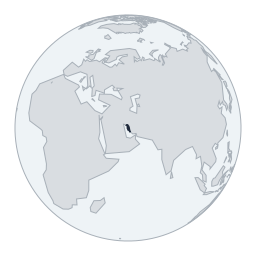 Bushehr on an orthographic globe, rotated 16°
{"feature_id": "IRN-3210", "entity_name": "Bushehr", "entity_type": "Province", "adm_level": 1, "iso_a3": "IRN", "parent_name": "Iran", "parent_adm1": "", "projection": "orthographic", "projection_center": [51.169, 28.786], "detail": "fine", "context": "on_globe", "style": "filled", "palette": "slate", "viewbox_px": 256, "rotation_deg": 16, "n_neighbors": 0, "source": "natural_earth", "source_scale": "10m", "svg_char_len": 10929}
<svg xmlns="http://www.w3.org/2000/svg" viewBox="0 0 256 256"><g transform="rotate(16 128 128)"><circle cx="128" cy="128" r="113" fill="#eef3f6" stroke="#a8b0b8"/><path d="M142.5,16.3L145.2,16.7L150.3,17.6L148.1,17.2L154.1,18.4L156.7,19.1L155.5,18.8L160.0,20.1L159.2,19.9L161.0,20.6L159.7,20.5L154.3,19.1L153.4,19.1L156.6,20.0L157.4,20.7L152.7,19.3L153.5,20.5L144.8,19.1L133.4,16.5L127.5,16.8L113.2,17.3L113.5,17.6L108.3,18.4L106.7,19.1L104.5,19.3L105.2,19.8L107.5,19.6L108.5,19.8L107.8,20.3L104.9,20.5L104.8,20.3L103.6,20.6L102.4,20.5L102.6,20.9L99.1,21.2L101.4,21.7L97.7,22.7L95.7,22.8L97.4,21.7L96.9,20.0L95.4,20.3L91.6,21.4L81.3,25.7L79.0,26.6L74.8,28.7L75.4,28.5L78.8,26.9L78.9,27.4L83.1,25.6L83.7,25.7L87.5,24.6L85.3,26.1L81.2,28.2L77.9,29.2L76.0,30.3L77.8,30.6L70.5,34.1L63.6,39.4L61.8,40.4L60.8,39.6L64.1,36.1L62.8,36.2L62.0,37.6L57.8,40.5L56.4,41.7L55.7,42.6L56.6,42.1L54.8,43.6L55.0,42.4L56.6,41.1L56.5,41.4L58.0,39.9L58.1,39.7L64.7,34.9L71.6,30.5L78.8,26.7L86.3,23.4L94.0,20.6L101.9,18.4L109.9,16.8L118.0,15.8L126.2,15.4L134.3,15.5L142.5,16.3ZM15.9,139.2L16.1,140.8L16.3,142.7L15.9,139.2ZM161.5,20.7L162.4,21.0L162.9,21.3L161.5,20.7ZM88.4,23.9L88.0,24.3L87.5,24.3L88.4,23.9ZM90.5,23.3L90.3,23.0L91.3,22.7L91.4,22.8L90.5,23.3ZM161.4,21.4L161.9,21.9L160.4,21.1L161.4,21.4ZM90.5,23.6L93.0,22.1L94.7,21.6L96.5,21.7L90.5,23.6ZM161.6,22.0L162.9,23.6L165.1,24.2L159.5,23.7L160.3,22.3L158.1,21.2L160.3,21.9L161.6,22.0ZM108.5,19.3L106.0,19.6L108.8,18.9L108.5,19.3ZM110.0,18.8L117.0,17.0L120.3,17.0L117.3,17.5L122.2,17.4L120.4,18.3L117.3,18.6L115.5,18.3L116.2,18.9L110.0,18.8ZM156.2,23.3L155.7,23.6L155.2,23.0L156.2,23.3ZM109.2,19.8L110.3,19.4L113.2,19.3L111.6,20.3L111.1,20.0L109.2,19.8ZM124.3,17.1L126.2,17.3L125.3,18.1L125.9,18.3L120.6,18.3L124.3,17.1ZM110.1,20.2L110.6,20.8L108.6,21.3L108.3,20.3L110.1,20.2ZM114.7,19.0L116.0,19.0L114.8,19.3L114.7,19.0ZM101.6,23.9L102.8,23.2L104.5,23.1L101.6,23.9ZM111.0,21.0L111.7,20.8L112.5,20.7L112.4,21.2L111.0,21.0ZM120.3,19.0L119.5,19.3L122.5,19.0L121.9,19.7L118.4,19.6L119.7,20.0L116.9,19.9L120.3,19.0ZM114.7,21.5L110.1,22.0L107.4,23.3L105.9,23.4L110.5,21.3L114.7,21.5ZM116.2,20.6L114.9,21.2L113.7,20.9L113.8,20.3L116.2,20.6ZM122.7,20.2L124.5,19.1L125.2,19.2L122.7,20.2ZM114.2,21.9L115.3,21.8L114.1,22.1L114.2,21.9ZM120.4,20.8L120.9,20.3L121.7,20.4L120.4,20.8ZM117.1,22.1L115.6,22.2L115.6,21.8L117.1,22.1ZM118.8,21.5L119.7,21.8L116.5,21.5L118.9,21.3L118.8,21.5ZM121.0,20.9L121.7,20.8L120.7,21.1L121.0,20.9ZM117.8,23.8L113.8,23.6L113.8,22.6L117.8,22.9L117.8,23.8ZM28.5,140.8L26.4,121.9L29.2,117.2L31.0,109.9L51.3,94.2L54.1,97.6L68.5,100.3L70.0,101.9L66.8,107.2L76.3,117.9L81.2,114.1L91.4,120.4L99.1,121.6L104.6,111.1L91.9,109.0L91.3,103.2L102.6,100.3L113.9,102.6L114.0,100.4L108.2,94.9L112.0,91.5L106.3,92.7L107.6,95.1L104.1,96.0L102.6,93.9L104.0,92.7L101.0,91.2L94.9,97.8L95.7,101.0L86.9,100.6L87.3,105.9L84.5,107.7L82.7,99.4L83.9,96.8L79.6,87.1L77.5,89.8L81.5,99.2L79.7,98.1L77.0,102.2L77.6,98.2L73.8,87.7L66.8,87.1L55.6,95.0L51.9,94.3L49.9,90.4L56.3,80.1L63.7,83.1L66.1,80.0L66.5,74.0L68.7,75.6L69.8,73.7L72.8,74.7L79.0,71.5L82.3,72.2L86.6,66.8L88.9,66.5L85.7,69.7L85.2,72.5L93.8,74.6L95.9,73.8L98.0,70.2L100.1,71.5L101.1,67.8L106.9,67.6L100.6,64.9L102.9,61.2L107.4,59.0L107.0,57.4L99.7,61.0L97.8,62.9L97.9,65.3L91.7,70.7L88.4,71.0L90.6,63.8L86.1,63.6L89.8,58.5L107.4,51.2L113.8,50.7L120.4,57.3L117.9,59.3L114.2,57.8L115.9,62.6L116.6,60.5L118.3,61.7L120.9,58.9L122.3,59.6L122.5,55.7L124.4,56.3L124.3,58.8L129.8,55.5L134.4,56.1L135.0,55.1L134.3,53.8L140.5,55.7L140.7,54.9L138.7,53.9L137.8,51.6L138.6,48.6L140.7,49.4L140.7,50.6L143.9,54.6L143.6,58.0L144.5,58.1L145.3,55.4L141.4,50.4L141.3,48.4L143.5,50.4L142.7,49.5L143.3,48.8L145.8,48.9L143.5,46.6L147.2,38.5L152.5,38.3L154.1,40.8L158.9,37.1L164.5,37.8L162.7,36.8L163.8,34.8L162.0,34.5L161.2,33.9L163.1,29.3L165.2,29.1L164.0,26.7L163.1,26.2L161.4,26.1L159.5,23.7L165.1,24.2L167.0,25.1L169.2,25.0L173.1,27.3L177.4,29.3L180.3,32.3L183.4,33.9L183.9,33.7L188.6,36.1L196.3,42.1L187.7,37.9L175.7,30.5L180.4,33.4L178.6,33.0L179.9,34.3L183.3,36.5L184.1,36.6L185.9,42.8L192.7,50.7L193.9,48.6L197.0,49.8L205.7,58.5L212.2,74.7L216.3,77.7L218.1,80.5L217.9,83.6L215.3,79.5L213.0,79.2L211.6,76.6L210.3,80.5L208.2,77.0L208.3,82.1L210.8,84.3L212.6,81.8L213.6,88.2L218.5,91.4L221.6,97.3L221.9,111.1L218.5,117.5L218.8,119.7L216.1,118.7L214.5,124.1L221.1,132.9L221.6,136.2L218.1,144.8L217.7,142.5L210.6,139.8L210.7,147.9L216.1,151.9L218.0,158.4L214.5,157.9L212.4,152.3L209.8,151.1L209.5,144.3L205.5,135.3L201.9,138.8L201.2,134.7L195.1,128.0L189.3,132.8L180.8,146.5L181.2,157.1L177.5,162.4L169.2,149.0L166.4,139.1L162.8,140.7L154.7,132.9L139.0,133.7L137.3,131.0L134.2,132.4L128.6,129.8L126.2,125.3L122.6,125.6L129.1,137.4L133.1,137.1L137.1,132.5L138.2,136.7L143.6,140.1L135.7,150.4L113.3,158.9L112.0,150.9L99.7,127.5L100.6,125.0L100.6,124.7L100.5,124.2L98.4,128.1L96.6,123.4L102.2,139.8L102.7,146.4L113.0,159.3L111.8,160.5L115.4,163.1L127.9,160.5L127.8,163.1L121.3,174.7L104.7,188.9L107.5,198.8L107.2,206.5L98.1,210.4L100.2,216.0L95.6,217.2L96.2,220.0L93.3,222.4L87.9,223.8L77.5,221.1L75.9,218.6L69.1,212.0L59.3,196.4L60.9,190.7L59.5,185.0L52.1,170.0L53.7,163.4L51.9,159.5L48.2,158.7L46.3,154.1L44.2,153.0L31.6,148.2L28.5,140.8ZM42.7,104.2L41.7,106.3L42.7,104.2ZM124.9,110.7L132.3,111.5L130.6,104.4L133.3,104.2L131.7,102.0L130.4,103.9L126.8,97.9L130.6,96.0L130.5,93.0L128.0,92.7L121.7,97.2L126.8,105.6L124.5,108.3L124.9,110.7ZM57.8,40.5L57.7,40.7L56.6,41.7L57.8,40.5ZM55.9,44.8L53.1,47.0L55.0,45.2L54.2,45.4L57.3,42.0L61.2,40.7L58.9,41.8L55.9,44.8ZM62.5,37.5L60.1,39.5L62.6,37.4L62.5,37.5ZM73.0,63.1L73.3,64.8L71.2,66.6L67.0,66.6L70.0,63.8L73.0,63.1ZM74.3,66.8L77.7,60.2L80.5,60.2L78.3,61.3L79.8,62.0L76.8,63.9L76.2,70.8L74.3,72.9L67.5,71.2L70.8,70.4L70.2,68.7L74.3,66.8ZM81.5,45.8L83.0,43.7L87.0,46.4L85.1,48.2L80.8,48.0L80.5,45.9L81.5,45.8ZM93.2,24.5L93.5,24.0L94.3,23.9L94.7,24.2L93.2,24.5ZM102.0,23.6L92.7,26.6L92.6,26.2L87.3,28.9L84.9,28.8L88.4,27.0L82.6,29.1L84.8,27.5L80.9,29.2L89.0,25.1L90.8,24.0L89.7,25.2L91.9,25.3L93.3,25.0L98.8,23.3L103.6,21.1L106.5,21.1L107.3,21.6L106.6,22.1L104.9,21.9L105.1,22.8L102.2,22.9L102.0,23.6ZM114.4,32.2L112.8,31.1L112.8,34.1L109.8,33.7L110.0,34.1L107.2,34.6L104.2,36.1L103.1,35.7L102.4,36.4L100.6,36.9L99.3,37.9L96.8,37.5L95.0,38.7L94.8,37.9L92.3,40.1L93.1,38.4L90.8,39.1L91.3,40.4L81.2,37.8L76.4,38.6L72.0,40.3L73.9,37.4L79.2,34.2L85.8,31.5L90.2,31.4L90.2,30.3L92.3,30.0L91.4,31.0L94.1,29.3L95.6,29.4L101.5,27.8L104.4,25.7L106.7,25.2L106.3,26.1L108.8,25.1L109.5,26.5L111.1,26.2L113.5,27.5L111.7,29.5L113.7,29.1L115.6,30.3L114.4,32.2ZM118.4,24.2L117.0,26.4L114.7,27.4L111.6,24.8L110.0,24.8L107.9,23.5L111.3,22.2L111.6,22.7L112.6,22.8L111.2,23.2L113.1,23.0L113.6,23.7L115.3,23.9L114.4,24.5L118.4,24.2ZM72.7,100.4L74.1,101.1L76.4,101.5L74.8,104.3L72.7,100.4ZM70.0,93.3L71.3,93.3L70.1,97.1L68.7,96.5L70.0,93.3ZM73.1,90.2L71.5,93.0L71.5,91.2L73.1,90.2ZM87.1,69.6L88.6,69.6L88.4,70.5L87.1,71.6L87.1,69.6ZM113.6,42.1L113.1,41.1L113.8,40.8L114.8,38.3L117.1,38.5L117.3,40.1L113.6,42.1ZM101.9,112.7L99.0,114.4L98.1,113.2L99.3,112.8L101.9,112.7ZM85.8,109.5L89.0,111.6L85.3,110.2L85.8,109.5ZM116.2,42.0L116.4,40.9L117.4,41.7L116.2,42.0ZM118.8,38.6L120.2,39.3L117.5,38.3L118.8,38.6ZM150.7,236.2L151.8,236.4L150.0,236.8L150.7,236.2ZM126.7,206.3L120.7,218.7L115.3,218.5L113.6,214.9L115.3,207.3L121.4,205.3L124.2,201.6L126.7,206.3ZM230.8,164.6L232.0,163.7L231.9,164.2L230.8,164.6ZM229.7,164.4L231.2,163.1L229.3,165.7L229.7,164.4ZM231.7,162.5L233.2,160.1L233.9,158.7L233.7,159.8L231.7,162.5ZM228.6,165.4L221.7,170.5L218.7,171.3L219.6,169.2L224.5,166.4L228.6,165.4ZM219.4,169.3L214.5,167.5L206.1,157.3L209.1,156.3L217.6,160.7L217.1,162.4L220.1,164.4L219.4,169.3ZM230.4,153.1L229.8,157.8L226.2,160.3L224.5,160.9L223.3,156.2L224.0,152.9L225.5,151.9L230.1,138.0L232.0,138.9L230.9,144.3L232.3,146.9L230.4,153.1ZM181.8,157.9L184.8,163.3L182.6,164.8L181.8,157.9ZM231.0,129.4L229.8,135.5L230.6,128.2L231.0,129.4ZM231.0,123.1L231.5,125.2L230.4,123.8L231.0,123.1ZM219.6,122.7L218.1,124.3L217.6,122.8L219.3,119.9L219.6,122.7ZM223.9,102.3L225.6,106.9L225.9,108.6L224.4,106.4L223.9,102.3ZM135.8,44.5L131.9,47.5L130.5,50.3L132.1,52.6L128.2,50.9L130.3,46.5L135.8,44.5ZM145.6,39.0L144.2,37.3L145.9,37.4L146.4,37.8L145.6,39.0ZM144.0,38.4L140.2,37.6L140.1,36.3L143.1,37.2L144.0,38.4ZM128.1,39.3L126.8,40.2L126.0,39.4L128.1,39.3ZM213.3,201.6L212.8,202.2L211.6,203.3L214.1,200.3L217.4,194.2L218.0,193.8L220.4,188.8L227.5,179.0L233.2,166.3L234.6,164.0L237.2,155.2L237.7,153.7L235.2,162.5L232.1,170.9L228.4,179.2L223.9,187.0L218.9,194.5L213.3,201.6ZM233.6,161.8L235.5,156.6L236.2,155.2L233.6,161.8ZM239.9,140.7L240.0,140.3L239.2,142.8L239.1,141.5L239.6,138.9L238.7,139.6L239.7,136.1L239.9,139.2L240.4,134.5L240.5,133.2L239.9,140.7ZM239.1,145.2L239.3,144.7L239.0,146.4L239.1,145.2ZM237.1,146.6L236.9,147.9L236.5,147.7L237.1,146.6ZM237.6,145.1L238.6,144.4L237.4,146.3L237.6,145.1ZM233.2,147.0L233.7,149.2L235.2,145.7L234.0,149.5L234.8,152.8L234.3,154.9L233.6,151.2L232.9,156.6L232.1,157.3L232.0,153.5L232.9,147.5L233.6,144.5L236.3,140.4L233.2,147.0ZM237.7,141.8L237.4,139.2L237.6,136.7L238.0,137.8L237.7,141.8ZM235.9,133.1L234.4,130.8L233.5,133.4L234.8,125.8L236.1,129.2L235.9,133.1ZM233.9,126.2L233.1,128.6L233.6,124.4L233.9,126.2ZM232.6,127.6L232.0,125.2L232.9,124.6L232.6,127.6ZM234.4,125.7L233.7,121.1L234.6,123.2L234.4,125.7ZM230.4,119.9L233.1,122.1L230.4,122.8L228.1,114.6L229.1,113.4L230.4,119.9ZM221.8,81.1L220.4,79.2L220.6,77.7L221.6,79.4L221.8,81.1ZM220.1,71.9L220.2,76.7L220.0,80.9L221.1,81.3L222.9,85.6L220.2,83.0L218.8,77.3L219.3,74.9L217.3,71.5L216.5,68.2L213.5,64.7L212.5,62.6L215.3,65.1L220.1,71.9ZM212.3,63.4L206.9,57.0L208.3,56.1L209.8,57.3L211.7,60.5L210.8,60.8L212.3,63.4ZM206.0,55.3L205.1,55.6L195.3,48.6L193.6,46.9L201.8,51.4L201.4,51.9L203.6,53.9L206.0,55.3ZM156.9,23.9L155.8,23.6L156.8,23.6L156.9,23.9ZM160.2,33.8L159.3,32.9L160.5,32.8L160.2,33.8ZM157.4,30.7L156.7,31.4L156.6,30.3L157.4,30.7ZM155.3,33.1L156.0,31.5L156.6,33.5L155.3,33.1Z" fill="#d9dde1" stroke="#a8b0b8" stroke-width="1"/><path d="M130.6,130.9L130.5,130.7L130.4,130.5L130.4,130.4L130.2,130.3L130.2,130.2L129.9,130.2L129.6,129.9L129.4,129.9L129.2,129.9L128.9,129.9L128.7,129.8L128.5,129.7L128.4,129.7L128.3,129.4L128.2,129.3L128.2,129.2L128.1,128.9L127.8,128.5L127.8,128.4L127.8,128.2L127.7,128.0L127.7,127.9L127.4,127.7L127.5,127.6L127.6,127.4L127.5,127.5L127.5,127.4L127.4,127.4L127.2,127.3L127.1,127.2L127.1,126.9L127.1,126.7L126.9,126.5L126.9,126.4L126.7,126.3L126.7,126.2L126.5,125.9L126.4,125.9L126.3,125.7L126.2,125.7L126.3,125.6L126.2,125.6L126.3,125.5L126.2,125.4L126.1,125.2L126.4,125.1L126.5,125.2L126.9,125.3L127.0,125.3L127.1,125.6L127.3,125.9L127.7,125.9L128.0,126.0L128.2,126.3L128.3,126.5L128.6,126.7L128.7,126.8L129.5,128.3L129.5,128.5L129.8,129.2L129.8,129.3L130.0,129.3L130.1,129.5L130.3,130.0L130.6,130.3L130.8,130.5L131.1,130.7L131.1,130.8L130.9,130.8L130.7,130.8L130.6,130.9Z" fill="#64748b" stroke="#1e293b" stroke-width="1.5"/></g></svg>